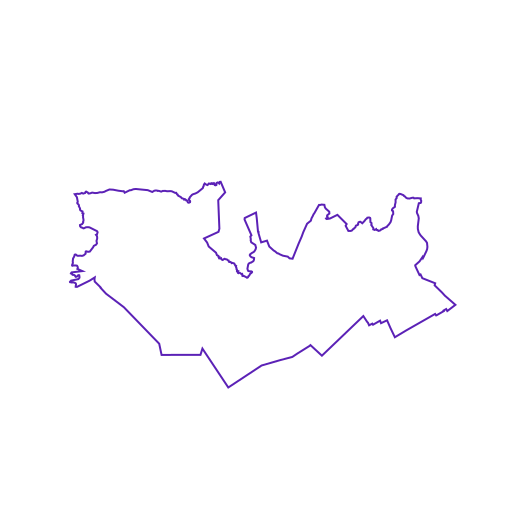 Cuauhtémoc, Zacatecas, Mexico (Natural Earth projection), rotated 56°
{"feature_id": "50627088B81148704477128", "entity_name": "Cuauhtémoc", "entity_type": "district", "adm_level": 2, "iso_a3": "MEX", "parent_name": "Mexico", "parent_adm1": "Zacatecas", "projection": "natural_earth1", "projection_center": [-102.417, 22.46], "detail": "fine", "context": "isolated", "style": "outline", "palette": "violet", "viewbox_px": 512, "rotation_deg": 56, "n_neighbors": 0, "source": "geoboundaries", "source_scale": "gbopen_adm2", "svg_char_len": 6146}
<svg xmlns="http://www.w3.org/2000/svg" viewBox="0 0 512 512"><g transform="rotate(56 256 256)"><path d="M285.2,389.6L306.9,357.3L302.8,352.2L349.5,352.5L349.9,312.6L355.9,294.0L360.0,282.3L360.0,276.1L360.5,261.8L360.3,260.7L375.5,257.1L365.8,200.6L372.7,200.7L373.9,200.5L376.7,201.0L377.1,197.4L378.4,197.4L379.0,189.3L381.6,189.9L382.6,183.3L390.9,184.8L401.0,186.3L401.7,173.0L404.2,139.9L406.0,139.9L406.1,139.6L406.7,131.1L406.1,131.0L406.3,128.0L408.6,128.2L408.0,118.0L394.5,121.6L390.3,122.2L380.2,124.3L378.8,122.7L367.4,130.5L363.3,129.9L363.2,131.1L353.7,129.6L352.7,129.2L351.9,123.4L349.9,118.4L351.1,118.7L350.8,118.1L347.3,112.1L346.0,110.3L344.3,108.8L340.8,106.9L339.0,106.8L331.0,108.0L329.3,108.0L327.3,107.9L324.1,106.7L321.8,105.2L315.8,100.0L313.5,99.0L310.5,98.5L309.3,98.0L303.3,91.5L304.1,89.8L303.7,89.0L302.5,88.1L301.2,87.9L300.4,87.2L298.4,89.7L296.6,92.7L295.8,92.8L295.1,93.9L294.2,96.6L292.9,98.3L291.6,99.0L289.7,99.3L288.8,99.8L288.1,99.7L285.4,101.5L284.6,102.4L284.6,103.0L285.0,103.7L285.1,105.1L285.6,106.0L285.6,106.4L286.7,107.1L287.2,108.7L289.6,110.3L291.5,112.4L292.9,113.3L293.0,115.9L293.5,117.2L294.3,117.8L295.5,117.3L297.9,118.7L298.6,120.5L302.1,124.1L303.2,125.6L304.2,128.3L304.6,130.4L305.0,130.9L304.4,134.4L304.1,135.1L304.5,135.9L303.9,137.2L304.2,138.0L304.2,139.0L303.7,140.4L302.8,140.8L302.4,140.7L302.2,141.2L301.3,141.7L300.9,141.5L300.8,143.0L299.5,143.9L298.7,143.2L298.3,143.1L294.7,143.1L294.4,142.5L293.2,141.8L291.9,142.2L288.7,140.2L288.2,140.1L287.3,140.7L286.5,142.3L286.9,143.2L286.9,144.4L287.7,146.7L288.3,149.6L286.0,150.3L285.7,150.8L285.4,152.1L286.4,153.5L286.9,153.6L287.1,153.9L287.1,154.7L286.7,155.9L286.8,156.4L287.8,157.6L287.9,159.2L288.2,160.0L288.0,160.4L288.5,162.3L288.2,163.4L286.9,165.4L281.1,164.8L280.2,163.0L267.4,165.5L266.3,173.7L264.9,176.7L264.6,176.9L264.1,176.9L264.4,175.4L264.3,175.0L263.9,174.8L263.0,175.0L262.1,174.3L261.8,171.4L260.2,170.5L255.6,171.7L254.0,171.6L251.8,170.7L250.0,172.9L249.6,174.2L248.9,175.2L253.3,184.0L253.6,185.0L254.5,186.4L255.8,188.9L257.4,190.8L257.8,195.6L262.7,203.5L265.4,207.2L269.6,213.8L278.7,227.2L276.7,229.5L274.3,230.0L270.8,233.5L267.8,235.4L266.4,236.0L265.7,236.8L262.8,237.6L261.3,238.3L255.6,239.7L249.4,238.3L247.6,244.1L237.3,240.8L237.4,240.4L237.1,240.3L236.5,240.5L225.2,234.3L220.0,231.7L218.2,244.1L218.5,244.4L219.4,245.1L236.3,248.2L236.7,249.8L239.2,250.9L239.9,251.6L242.0,252.3L246.4,250.4L249.1,251.3L250.3,252.7L251.2,254.7L251.4,255.6L251.2,257.7L251.3,259.9L251.7,260.6L252.1,260.8L253.3,260.8L254.5,260.4L256.6,258.7L258.0,259.8L258.8,261.1L258.7,263.9L258.4,264.3L258.2,266.2L258.7,267.2L261.7,270.2L262.8,270.6L264.1,270.8L265.1,269.9L266.1,268.5L266.8,268.1L267.2,268.3L267.5,269.3L267.5,270.8L268.5,272.7L268.5,273.6L269.1,274.5L269.2,275.1L268.9,275.7L268.4,275.8L265.8,277.2L265.3,278.1L264.8,278.4L263.8,277.6L263.1,277.5L263.0,278.1L260.7,278.9L260.4,279.5L260.4,280.2L260.0,280.4L259.5,280.2L258.6,280.3L258.6,279.5L258.5,279.3L257.7,280.1L256.9,279.5L256.2,279.6L255.2,278.9L254.6,279.0L253.4,278.4L253.1,278.0L252.8,278.1L252.8,278.5L252.1,278.5L250.1,278.2L248.5,279.4L248.3,280.2L247.4,280.2L246.6,280.5L246.2,281.3L245.6,281.7L244.5,281.2L243.9,281.7L242.5,282.1L241.4,283.3L240.8,283.5L240.6,284.6L240.7,285.8L240.0,286.3L239.1,286.4L238.3,286.2L238.1,287.0L237.3,287.9L236.9,287.7L236.5,287.0L235.8,287.6L234.9,287.1L233.4,287.9L230.9,287.3L221.7,289.9L217.5,289.0L212.4,289.3L215.0,273.6L212.9,271.1L188.6,256.1L186.0,246.0L174.7,243.8L174.3,244.6L175.3,246.0L174.1,246.2L173.6,246.6L173.4,247.7L175.0,249.2L174.8,250.0L174.2,250.5L172.6,249.9L172.0,250.1L172.0,250.7L172.3,251.5L171.9,251.9L171.6,251.7L170.9,251.8L170.6,252.8L171.0,253.2L170.8,253.7L169.9,254.1L169.5,254.6L170.1,256.5L169.1,257.3L167.2,258.0L167.7,259.3L168.7,260.2L168.9,260.9L169.8,261.8L170.0,262.4L170.6,268.7L170.3,271.2L169.6,273.6L169.5,274.9L170.4,278.3L171.1,278.9L171.2,279.8L171.9,280.2L173.5,279.9L174.1,280.2L174.5,280.6L174.3,281.9L173.5,282.5L171.4,282.2L170.9,282.4L170.8,282.8L169.5,282.9L169.2,283.1L169.4,283.6L169.1,284.0L168.7,283.7L167.0,284.8L166.7,285.2L165.0,285.4L162.5,286.8L161.2,286.6L160.8,287.0L159.0,286.8L158.5,287.7L155.3,289.6L154.4,290.6L152.6,293.5L151.3,294.8L149.9,296.9L149.6,298.6L148.3,299.6L147.5,300.3L147.1,301.1L146.7,301.2L145.7,302.3L145.0,303.8L144.9,306.2L140.9,308.9L133.2,318.2L132.1,320.3L131.5,323.0L130.9,323.8L130.1,329.5L128.3,329.4L127.8,330.3L125.0,333.5L121.1,337.4L118.9,340.3L118.1,344.2L118.0,345.7L117.2,347.9L115.8,349.9L115.0,352.3L113.8,354.3L111.8,356.4L111.4,358.2L110.7,359.8L110.3,360.0L109.5,359.9L107.6,360.8L107.5,361.3L108.2,362.4L107.6,364.4L106.3,365.1L106.1,366.7L105.7,367.6L105.4,368.3L104.6,369.1L103.4,371.7L106.9,371.6L107.6,371.8L111.5,373.5L111.9,374.4L112.5,374.7L114.2,374.3L115.1,374.5L115.6,375.0L118.2,375.3L119.2,376.0L120.1,376.0L122.1,374.9L123.4,376.0L124.3,375.3L125.0,376.1L125.3,376.8L126.0,376.9L127.3,377.8L129.2,378.6L130.3,379.3L131.0,380.3L131.7,380.6L132.3,382.3L131.9,384.6L132.7,385.1L133.2,385.2L134.4,385.0L135.8,383.9L136.5,383.7L136.8,383.2L137.1,380.9L138.2,379.1L139.2,378.0L146.5,373.9L147.7,374.0L149.1,375.7L149.0,376.8L150.6,376.7L151.8,377.3L152.8,378.0L154.3,379.8L156.6,380.8L157.2,382.3L156.9,384.8L157.7,386.2L159.4,391.3L158.6,392.9L157.1,394.2L157.1,394.7L158.8,396.0L159.1,398.6L158.6,400.2L157.4,401.6L156.3,403.5L155.8,404.0L154.0,404.6L153.6,405.1L153.6,405.7L154.7,406.9L155.8,409.1L157.9,410.9L159.4,411.7L160.7,413.6L161.1,413.8L161.4,413.7L161.9,412.4L163.1,410.6L164.0,409.8L165.2,409.9L166.3,410.4L166.8,411.3L171.4,408.4L166.5,418.0L166.6,418.5L167.0,419.2L168.2,418.5L169.0,418.6L169.8,417.6L170.4,417.2L171.2,417.0L171.9,417.2L172.6,417.0L172.9,415.7L172.5,414.3L172.7,413.7L173.1,413.3L174.8,414.1L175.4,414.7L175.8,416.2L173.0,423.1L173.4,424.7L173.7,424.8L175.0,423.5L175.7,422.2L176.6,421.4L177.7,420.8L178.3,420.8L179.1,421.2L180.0,422.2L180.7,422.7L181.5,421.7L183.4,407.7L183.6,401.7L184.9,402.9L187.0,404.0L194.9,402.4L195.7,402.4L195.7,402.6L203.4,401.4L224.5,394.2L274.6,385.3L285.2,389.6Z" fill="none" stroke="#5b21b6" stroke-width="2"/></g></svg>